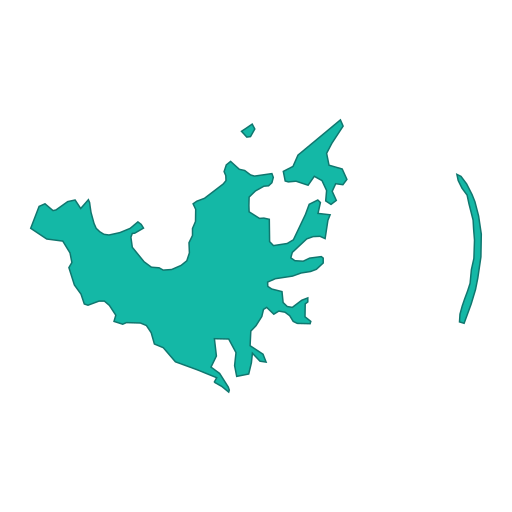 outline of St. Bernard, Louisiana, United States of America
{"feature_id": "52423323B38935818871161", "entity_name": "St. Bernard", "entity_type": "district", "adm_level": 2, "iso_a3": "USA", "parent_name": "United States of America", "parent_adm1": "Louisiana", "projection": "equal_earth", "projection_center": [-89.414, 29.891], "detail": "fine", "context": "isolated", "style": "filled", "palette": "teal", "viewbox_px": 512, "rotation_deg": 0, "n_neighbors": 0, "source": "geoboundaries", "source_scale": "gbopen_adm2", "svg_char_len": 2832}
<svg xmlns="http://www.w3.org/2000/svg" viewBox="0 0 512 512"><path d="M89.6,202.6L88.4,199.7L80.7,208.5L75.1,200.0L67.7,201.6L55.9,210.0L53.0,210.6L45.0,203.8L39.1,206.4L30.7,228.3L46.7,239.0L62.8,241.1L70.0,252.9L71.9,262.5L68.9,267.6L74.4,285.0L81.0,294.1L84.3,304.0L88.0,305.2L99.0,301.1L104.4,301.1L109.4,305.4L115.8,315.2L114.0,321.4L122.7,324.2L126.4,322.6L140.4,323.0L146.4,325.5L151.2,332.7L154.4,344.0L163.3,347.7L175.4,361.8L197.0,369.7L216.7,377.7L214.4,381.9L215.0,382.6L221.9,386.5L228.7,392.1L228.8,391.8L229.3,390.1L228.3,387.1L219.7,373.5L211.0,367.1L216.4,356.0L214.4,338.7L228.7,339.0L236.0,352.6L234.6,365.6L236.7,376.4L248.7,374.0L251.4,362.8L252.4,353.2L260.0,361.2L266.1,362.1L263.0,354.2L250.1,345.7L250.8,331.1L256.0,325.7L261.8,316.5L263.5,309.4L266.7,307.4L273.8,314.2L278.8,311.1L285.0,312.2L289.7,315.7L293.2,321.4L297.3,323.4L310.1,323.7L310.8,321.4L305.0,316.8L305.2,303.9L307.8,301.9L307.8,297.9L301.8,300.2L292.3,307.4L287.2,306.5L283.1,302.5L282.0,291.6L271.7,289.0L267.8,286.4L267.6,282.1L275.3,278.7L292.5,276.1L301.1,273.0L310.6,271.5L316.4,269.3L323.2,263.0L323.2,258.1L321.3,256.6L309.7,258.1L303.2,261.2L294.9,260.7L290.8,257.8L292.3,252.4L306.7,238.9L313.1,236.6L320.0,236.3L325.1,238.6L327.9,220.3L330.1,214.8L318.0,213.4L320.4,202.5L317.8,200.0L309.2,204.3L305.4,214.6L293.4,239.8L287.2,243.5L273.5,245.6L269.6,241.6L269.3,219.3L263.9,218.1L259.5,218.4L249.1,211.8L248.9,205.6L249.1,197.1L252.9,193.4L255.5,190.9L263.9,186.2L268.6,185.8L271.9,182.7L273.3,177.4L271.9,173.6L254.5,176.1L250.5,174.9L244.7,170.5L239.3,169.3L230.6,161.4L226.3,164.9L224.1,171.6L225.8,175.6L226.0,180.6L223.2,184.0L204.5,198.3L196.8,201.2L193.1,203.8L195.7,209.3L195.5,221.5L192.5,228.5L192.5,235.5L189.0,242.7L189.4,252.9L186.8,260.8L181.1,265.4L171.7,269.5L163.2,270.1L159.1,267.8L151.4,267.2L144.1,261.8L132.3,247.3L130.9,237.2L132.3,233.4L134.7,233.2L143.5,228.1L141.2,224.4L137.9,221.9L130.1,228.4L119.9,232.6L109.0,235.0L103.9,234.3L99.7,231.7L98.4,230.4L96.2,228.4L94.0,223.4L91.0,212.4L90.1,206.4L89.6,202.6ZM283.3,171.4L285.2,181.0L288.3,181.9L296.0,181.2L306.2,184.6L308.1,185.2L314.3,176.3L322.0,180.6L326.6,190.5L325.7,200.9L331.0,204.4L336.3,200.4L332.2,191.3L335.7,183.7L342.9,184.7L346.9,179.4L342.2,169.0L329.0,165.2L326.6,153.3L331.9,143.2L343.1,126.1L340.4,119.9L324.3,133.3L298.0,155.1L293.0,166.4L283.3,171.4ZM456.9,174.4L458.2,180.5L462.0,188.2L467.1,195.1L469.0,203.9L473.1,220.1L473.6,228.9L474.5,240.1L473.9,258.4L471.4,269.6L470.1,283.3L467.6,291.0L464.7,298.8L462.2,306.1L460.0,314.1L459.5,321.9L464.1,323.3L471.2,303.9L475.5,289.6L477.8,278.0L480.9,256.9L481.3,234.2L478.6,216.0L474.9,201.7L472.1,194.7L466.6,183.9L461.0,176.4L456.9,174.4ZM245.6,128.6L241.5,131.3L246.8,137.1L250.5,136.6L254.8,129.0L252.2,124.1L245.6,128.6Z" fill="#14b8a6" stroke="#0f766e" stroke-width="1.5"/></svg>